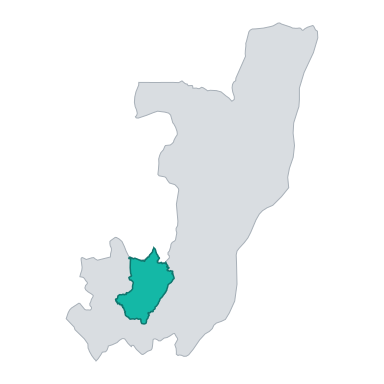 Lékoumou highlighted on a map of Republic of the Congo
{"feature_id": "COG-3344", "entity_name": "Lékoumou", "entity_type": "Region", "adm_level": 1, "iso_a3": "COG", "parent_name": "Republic of the Congo", "parent_adm1": "", "projection": "natural_earth1", "projection_center": [13.496, -3.075], "detail": "fine", "context": "in_parent", "style": "filled", "palette": "teal", "viewbox_px": 384, "rotation_deg": 0, "n_neighbors": 0, "source": "natural_earth", "source_scale": "10m", "svg_char_len": 9177}
<svg xmlns="http://www.w3.org/2000/svg" viewBox="0 0 384 384"><path d="M66.2,318.7L68.2,312.7L69.7,309.9L71.5,308.0L78.7,303.3L79.8,303.4L84.8,309.5L86.4,310.0L88.2,309.9L90.3,310.1L91.4,308.9L91.5,307.3L90.0,305.6L89.8,303.7L90.8,301.6L91.4,299.4L93.0,296.7L93.2,295.4L91.5,294.0L88.1,291.9L85.8,289.9L84.9,288.0L85.6,285.5L87.4,283.5L87.3,282.4L85.7,280.6L84.5,278.6L83.3,277.4L79.9,276.7L80.5,274.1L81.8,270.2L82.1,267.3L81.1,259.6L81.2,258.2L82.1,257.5L84.1,258.3L86.2,259.5L91.8,257.8L93.7,257.6L95.3,259.0L97.5,260.2L110.4,257.0L110.6,253.7L111.4,250.7L111.4,248.5L110.9,247.1L110.3,246.0L109.9,243.8L109.9,241.4L111.1,240.3L115.2,237.4L116.5,237.5L119.3,239.1L122.0,241.5L124.4,246.6L126.1,251.0L128.7,256.3L134.3,258.5L141.0,259.9L144.6,259.5L149.8,255.0L152.7,251.4L153.6,249.5L155.3,250.5L157.2,255.2L158.5,257.0L158.8,258.7L157.9,260.9L158.8,262.2L162.4,263.2L165.5,262.3L166.9,260.4L169.3,257.9L169.3,255.8L168.0,254.5L168.0,252.6L169.3,251.1L170.6,247.1L171.0,244.2L172.3,242.3L174.6,241.0L175.5,239.9L176.8,232.9L176.1,230.4L176.1,228.3L177.6,225.7L177.9,221.3L176.4,204.2L178.7,190.4L178.5,188.7L176.8,186.6L174.8,184.6L169.5,183.0L167.6,180.5L166.0,177.8L164.9,176.9L159.1,175.8L157.9,174.3L158.4,169.9L158.9,163.5L158.7,159.0L159.7,155.4L160.9,152.6L163.4,149.8L164.8,146.4L165.5,145.5L170.3,145.0L172.1,143.6L173.5,142.1L174.0,140.2L175.7,137.0L177.2,134.8L177.3,133.4L177.0,131.3L175.6,127.3L173.8,124.0L172.8,122.8L170.6,115.0L168.6,113.1L164.8,112.1L157.6,111.2L153.2,112.7L146.6,115.3L138.2,118.1L136.2,117.9L135.4,116.7L136.6,115.6L137.3,113.3L136.5,109.8L135.2,106.7L134.4,102.3L134.8,96.9L136.0,91.7L138.7,85.1L138.8,82.4L154.9,82.5L172.2,82.4L178.8,82.6L182.0,80.9L185.0,83.5L186.5,84.1L187.0,83.9L188.2,85.7L192.0,85.5L192.6,85.9L192.9,88.2L196.4,88.1L198.1,88.6L199.5,88.6L201.5,87.3L203.0,87.7L205.7,89.4L207.6,90.8L210.2,90.3L216.3,90.6L221.1,91.9L225.8,95.8L228.9,98.0L231.8,101.2L232.8,100.6L234.3,99.4L234.3,96.6L232.7,91.8L232.1,87.8L232.5,84.5L233.7,82.1L235.7,80.7L235.9,78.1L245.5,56.3L245.2,53.8L245.4,50.0L245.9,45.8L245.8,43.3L246.4,41.6L248.9,31.8L250.2,30.1L252.3,29.0L255.4,28.9L263.4,28.1L270.9,26.5L273.3,25.8L278.0,23.1L279.8,23.0L281.4,24.0L290.4,27.0L292.9,28.2L293.8,28.1L295.2,28.3L297.3,28.3L299.3,28.0L300.6,28.3L302.3,30.3L303.4,30.1L304.9,28.7L307.6,27.2L312.8,25.5L313.7,26.3L315.5,29.9L317.4,31.2L317.8,37.9L313.4,52.7L304.1,72.5L299.4,88.1L299.4,99.6L298.9,106.7L297.4,111.1L293.7,122.9L293.1,133.1L294.5,145.5L293.2,157.3L289.4,168.4L287.7,177.2L288.7,187.7L281.6,196.5L272.8,205.3L267.0,207.8L262.5,210.7L259.3,214.1L256.0,219.9L250.7,232.4L247.9,237.9L244.3,242.6L239.0,248.4L237.0,251.1L236.2,255.0L236.5,262.2L237.0,284.2L234.7,301.1L229.4,312.8L225.4,319.4L221.5,321.3L216.3,323.1L213.8,325.3L212.3,328.6L209.4,331.4L205.1,333.9L199.7,339.8L193.2,349.3L188.7,354.8L186.3,356.2L183.8,356.3L181.3,355.2L179.1,355.0L178.0,355.5L176.3,354.2L176.4,352.0L176.1,348.4L174.8,344.7L177.7,339.4L177.4,338.2L176.1,336.3L174.6,333.5L173.2,333.7L170.2,335.8L167.1,337.5L164.1,338.1L160.6,340.8L158.6,340.8L157.5,339.8L155.1,338.8L153.8,339.1L153.1,339.6L152.5,346.0L152.0,348.7L151.1,350.0L147.5,351.3L145.0,353.2L142.9,354.5L141.6,354.2L136.4,349.4L133.6,345.4L131.9,345.3L131.4,346.6L130.6,346.0L128.0,343.4L125.0,339.2L123.9,338.6L122.2,338.6L119.6,340.2L117.0,342.6L112.2,344.8L108.3,346.0L108.0,347.5L107.0,350.1L105.7,351.7L102.3,352.2L101.0,354.5L98.0,358.9L96.0,361.0L95.5,360.1L94.3,359.0L91.8,355.6L89.4,351.3L88.7,349.3L88.1,348.2L87.9,343.9L84.3,338.8L75.0,329.7L74.1,327.0L66.2,318.7Z" fill="#d9dde1" stroke="#a8b0b8" stroke-width="1"/><path d="M153.9,247.9L154.0,248.0L154.4,248.3L154.9,248.8L155.3,249.5L155.6,250.3L155.9,251.9L156.6,253.7L157.0,254.5L157.7,255.2L157.9,255.6L158.0,256.6L158.3,256.9L158.6,257.1L159.0,257.4L159.4,258.1L159.3,258.4L158.9,258.7L158.4,259.8L157.7,260.3L157.4,260.6L157.4,262.1L157.4,262.3L157.9,262.8L158.7,263.1L159.5,263.2L160.2,263.0L160.8,262.6L161.1,262.4L161.5,262.4L161.8,262.7L161.9,263.4L162.1,263.6L162.3,263.6L163.9,263.1L164.1,263.0L164.4,263.1L165.0,263.4L165.3,263.6L165.6,263.5L165.8,263.2L165.9,262.7L166.3,263.3L166.6,264.4L167.6,265.4L167.7,265.7L167.7,265.9L167.6,266.1L167.4,266.3L166.9,266.4L166.7,266.6L166.8,266.9L167.0,267.1L167.5,267.5L167.9,267.7L168.1,267.5L168.3,267.4L168.5,267.3L168.9,267.6L168.9,267.9L168.8,268.2L168.6,268.4L168.1,268.8L167.7,269.2L167.2,269.6L167.1,269.9L167.2,270.1L167.3,270.4L167.5,270.6L167.8,270.7L168.3,270.7L168.6,270.7L168.9,270.9L169.2,271.1L169.5,271.2L169.8,271.2L170.4,270.8L170.6,270.7L170.9,270.8L171.2,271.0L171.5,271.1L171.8,271.1L172.1,271.1L172.6,271.2L172.7,271.4L172.7,271.7L172.6,272.0L172.2,273.0L172.1,273.3L172.0,273.7L172.2,273.9L172.3,273.8L172.6,273.4L172.8,273.4L172.8,273.6L172.9,274.2L174.0,277.7L174.1,278.2L174.0,278.6L173.8,278.8L173.6,279.0L173.1,279.3L172.9,279.5L172.7,279.7L172.6,280.0L172.6,280.4L172.5,280.6L172.4,280.8L171.9,281.3L171.7,281.5L171.5,281.8L171.3,282.3L168.9,284.0L168.2,284.6L168.1,284.8L168.0,285.1L167.5,287.4L167.0,288.7L166.9,289.1L166.8,289.7L166.8,290.0L166.7,290.2L166.4,290.5L166.0,291.5L165.8,291.7L165.7,291.9L165.5,292.1L165.4,292.2L165.4,292.3L165.5,292.5L165.4,292.8L164.9,293.1L164.6,293.3L164.4,293.5L164.1,294.3L164.0,294.5L163.5,294.8L163.3,295.0L163.2,295.3L163.0,295.8L162.8,296.0L161.6,297.6L161.3,297.8L160.7,298.2L160.0,299.0L159.9,299.2L159.9,299.3L159.9,299.5L159.9,299.9L159.6,300.4L159.4,300.9L159.1,301.7L158.8,302.0L158.5,302.4L158.4,302.5L158.4,303.1L158.4,303.4L158.3,303.6L157.9,304.0L156.6,305.9L156.0,306.4L155.8,306.5L155.5,306.6L155.3,306.8L155.2,307.0L155.0,307.3L155.0,307.6L155.1,308.0L155.1,308.3L154.9,308.8L154.8,309.0L154.7,309.1L154.3,309.3L154.0,309.5L153.5,309.9L153.3,310.1L153.1,310.4L153.1,310.7L153.1,311.2L153.1,311.5L152.9,311.6L152.6,311.6L152.3,311.7L152.1,311.6L151.6,311.5L151.3,311.4L151.1,311.5L150.8,311.6L150.7,311.7L150.7,312.1L150.6,312.3L150.0,312.7L149.8,312.8L149.6,312.8L149.4,312.8L149.3,312.7L149.0,312.6L148.8,312.6L148.3,312.7L148.2,312.8L148.1,313.0L148.1,313.7L148.2,313.9L148.3,314.0L148.5,314.0L148.8,314.0L148.7,314.6L148.7,314.8L148.9,314.9L149.1,315.0L149.1,315.4L148.8,315.9L148.5,316.2L148.2,316.6L148.1,316.9L148.1,317.1L148.1,317.5L148.0,317.8L147.8,318.3L146.9,319.3L146.6,319.7L146.5,320.1L146.5,320.4L146.5,321.0L146.5,321.3L146.2,322.7L146.0,323.0L145.9,323.3L145.7,323.4L145.3,323.6L144.8,323.8L144.2,323.9L143.9,323.9L142.8,323.7L142.3,323.6L142.0,323.6L141.8,323.4L141.6,323.2L141.4,322.9L140.9,321.1L140.8,320.8L140.9,320.5L141.0,320.2L141.0,319.9L140.9,319.6L140.8,319.3L140.6,319.1L140.4,319.0L140.2,319.2L139.3,319.0L138.5,319.2L138.2,319.2L137.9,319.0L137.2,318.5L136.8,318.4L136.3,318.5L134.8,319.1L134.4,319.2L133.6,318.9L133.3,318.8L133.1,318.8L131.3,319.0L130.7,319.1L130.3,319.1L130.0,319.1L129.8,318.9L129.6,318.7L129.5,318.4L129.3,318.2L129.2,318.1L128.9,318.0L128.7,317.8L128.6,317.6L128.5,317.3L128.2,317.1L127.4,316.8L127.1,316.6L126.7,316.3L125.6,315.4L125.3,314.6L125.3,313.1L124.9,312.9L124.8,312.7L124.9,312.4L125.1,312.2L125.3,311.5L124.9,311.3L124.6,311.0L124.1,309.2L123.9,308.9L123.7,308.6L123.6,308.4L123.5,307.9L123.5,307.7L123.3,307.7L122.9,307.6L122.7,307.5L122.7,306.9L122.7,306.4L122.6,306.1L122.1,305.9L122.5,305.6L122.1,304.9L121.6,304.7L120.2,304.8L119.5,304.4L119.7,303.4L118.9,303.2L118.6,303.3L118.0,303.7L117.6,303.8L117.5,303.6L117.4,302.3L117.3,302.1L117.0,302.1L116.7,302.1L116.5,301.8L116.5,301.3L116.4,301.0L116.2,300.9L115.8,300.8L115.8,300.6L116.0,300.1L115.6,299.6L115.7,299.2L115.8,299.1L116.1,298.9L116.9,298.9L117.0,298.8L117.2,298.7L117.3,298.6L117.6,297.9L117.9,296.2L118.0,295.9L118.2,295.7L118.3,295.6L118.8,295.3L119.3,294.9L119.5,294.8L119.7,294.7L119.9,294.7L120.4,294.7L121.4,294.8L121.6,294.8L121.8,294.8L122.0,294.7L122.5,294.4L123.0,294.3L123.4,294.3L123.6,294.4L124.0,294.7L124.1,294.8L124.4,294.7L124.7,294.6L125.1,294.2L125.4,294.1L125.6,294.1L125.8,294.4L126.0,294.5L126.3,294.3L126.4,294.1L126.4,293.0L126.4,292.8L126.5,292.7L127.2,292.9L127.4,292.9L127.7,292.8L128.5,292.5L128.7,292.4L128.9,292.4L129.5,292.1L129.8,291.6L130.1,291.3L131.0,290.8L132.2,289.4L132.5,288.9L132.6,288.5L132.5,286.2L132.9,284.4L133.3,283.1L133.3,282.9L133.3,282.6L133.2,282.3L133.0,282.0L132.8,281.7L131.3,280.2L131.0,280.1L130.5,280.1L129.8,279.9L129.6,279.7L129.4,279.2L129.3,278.6L129.0,278.1L128.9,277.9L128.9,277.6L129.0,277.4L129.7,277.1L129.9,276.9L130.4,276.4L130.6,276.3L131.1,276.2L131.4,276.1L131.5,275.8L131.5,275.6L130.8,273.7L130.6,273.1L130.2,267.6L130.4,260.9L130.7,259.2L130.7,258.8L130.6,258.5L130.4,258.4L130.1,258.4L129.9,258.5L129.6,258.7L129.4,258.7L129.2,258.7L129.0,258.4L128.8,258.1L129.4,257.4L129.8,257.3L130.6,257.5L132.8,258.6L133.5,258.8L133.9,258.7L134.5,258.3L134.9,258.2L135.2,258.3L141.1,260.8L141.7,260.9L142.3,260.7L143.1,260.9L143.7,260.7L143.9,260.8L144.2,261.2L144.4,261.3L144.7,261.1L144.9,260.7L145.0,260.4L145.2,260.0L145.5,259.6L146.6,258.8L146.9,258.4L147.4,257.7L147.7,257.4L148.1,257.2L148.9,256.9L149.2,256.6L149.4,256.2L149.5,255.4L149.7,255.0L152.3,252.2L152.5,251.7L152.7,251.3L152.7,250.5L152.8,250.1L153.2,249.3L153.9,248.1L153.9,247.9Z" fill="#14b8a6" stroke="#0f766e" stroke-width="1.5"/></svg>